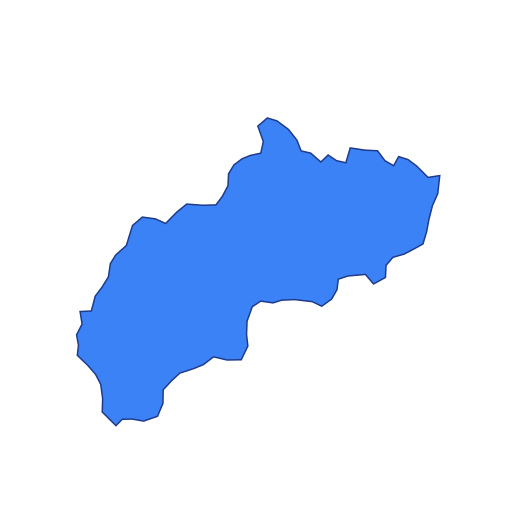 the district of Louveira, São Paulo, Brazil, rotated 345°
{"feature_id": "56859067B25625796760656", "entity_name": "Louveira", "entity_type": "district", "adm_level": 2, "iso_a3": "BRA", "parent_name": "Brazil", "parent_adm1": "São Paulo", "projection": "robinson", "projection_center": [-46.935, -23.083], "detail": "fine", "context": "isolated", "style": "filled", "palette": "blue", "viewbox_px": 512, "rotation_deg": 345, "n_neighbors": 0, "source": "geoboundaries", "source_scale": "gbopen_adm2", "svg_char_len": 1295}
<svg xmlns="http://www.w3.org/2000/svg" viewBox="0 0 512 512"><g transform="rotate(345 256 256)"><path d="M302.7,125.6L291.4,131.0L292.7,147.4L287.2,157.9L276.3,157.4L267.7,158.5L258.3,162.3L250.8,169.4L247.1,180.9L239.0,189.6L230.5,196.3L217.3,193.1L202.5,187.9L190.8,193.1L177.1,201.2L168.5,194.1L156.3,189.0L144.6,194.6L133.5,212.3L120.8,218.7L113.3,225.7L108.1,237.9L99.3,246.2L90.3,253.2L82.7,266.5L71.7,264.1L70.4,276.7L62.3,285.7L61.4,296.3L57.7,305.7L65.1,317.9L70.4,328.8L72.8,339.8L71.0,353.9L67.1,366.9L76.8,383.6L84.6,379.1L94.0,381.4L104.8,386.4L119.4,385.3L128.0,374.2L131.7,361.2L142.2,354.6L152.1,349.4L166.8,348.6L177.1,347.3L188.9,342.4L201.2,349.0L214.9,352.4L224.8,340.9L226.6,329.2L230.5,316.6L239.3,304.0L248.9,300.8L260.3,305.7L269.2,305.3L282.0,308.1L298.6,314.7L306.5,321.5L317.9,317.2L325.5,309.5L329.5,299.7L339.6,299.1L356.9,302.1L362.3,313.4L375.5,310.2L379.2,298.7L387.9,292.7L399.6,292.5L409.4,290.3L420.4,287.6L427.1,276.7L432.6,265.2L439.6,252.8L447.7,242.8L454.3,225.9L442.5,224.6L434.4,210.6L427.8,202.2L419.5,196.9L412.3,204.4L405.2,197.3L400.6,185.8L388.8,182.0L375.0,176.0L366.9,189.2L358.4,184.7L351.8,177.1L343.0,182.0L335.4,170.7L326.8,166.2L325.5,154.7L320.1,142.1L311.3,131.0L302.7,125.6Z" fill="#3b82f6" stroke="#1e3a8a" stroke-width="1.5"/></g></svg>